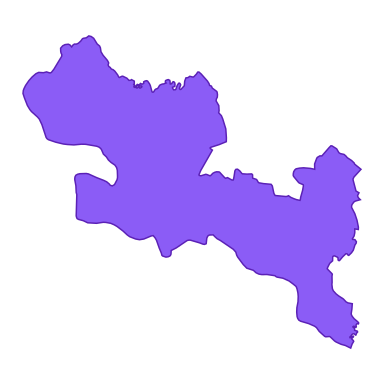 the district of Vinh Loc, Thanh Hóa, Vietnam
{"feature_id": "81297802B11071874803157", "entity_name": "Vinh Loc", "entity_type": "district", "adm_level": 2, "iso_a3": "VNM", "parent_name": "Vietnam", "parent_adm1": "Thanh Hóa", "projection": "natural_earth1", "projection_center": [105.68, 20.04], "detail": "fine", "context": "isolated", "style": "filled", "palette": "violet", "viewbox_px": 384, "rotation_deg": 0, "n_neighbors": 0, "source": "geoboundaries", "source_scale": "gbopen_adm2", "svg_char_len": 5892}
<svg xmlns="http://www.w3.org/2000/svg" viewBox="0 0 384 384"><path d="M41.9,124.6L46.1,137.4L47.0,138.7L48.4,139.7L55.8,142.2L63.3,144.0L67.4,144.5L73.9,144.9L81.5,144.2L85.7,144.3L96.6,146.2L98.8,147.0L100.6,148.4L101.5,149.7L103.4,154.1L106.4,156.9L108.4,160.0L111.1,162.5L114.9,165.1L116.6,167.6L117.3,170.3L117.5,175.5L117.5,177.6L117.1,179.6L114.5,184.6L112.3,185.9L110.3,185.3L109.2,183.9L106.7,181.8L103.8,180.4L96.6,177.6L88.4,173.9L86.2,173.5L80.0,173.7L77.7,174.2L75.9,175.2L75.1,176.6L74.8,178.1L74.8,179.8L75.9,185.8L76.2,192.4L76.8,194.6L76.2,215.9L76.6,217.5L77.1,218.6L78.5,219.4L83.3,220.7L87.7,222.8L96.5,223.3L103.2,222.3L105.7,222.4L110.7,223.3L114.2,224.8L117.1,226.5L123.1,231.1L127.2,234.9L129.7,236.7L135.6,239.0L139.5,239.7L143.9,239.0L151.1,236.0L153.2,235.6L155.2,238.0L156.5,240.3L159.2,248.0L161.3,253.0L161.9,255.3L162.6,256.0L165.9,257.1L168.1,256.8L169.7,256.1L170.4,255.5L171.0,254.1L171.2,250.5L176.1,248.0L187.2,240.5L189.0,240.1L190.5,240.2L199.4,242.8L202.8,244.1L204.5,244.4L206.2,243.7L206.8,238.2L207.6,236.4L208.3,235.6L209.5,235.0L213.2,234.9L214.8,236.6L217.1,238.7L220.4,240.5L233.3,249.3L235.8,252.1L236.7,255.2L237.7,257.1L243.3,264.6L246.8,268.2L253.3,270.3L256.1,272.8L258.9,274.1L261.8,274.6L267.0,274.5L274.9,275.7L276.0,276.6L277.0,277.1L282.9,278.2L289.1,281.0L293.1,284.0L295.8,286.2L296.3,286.9L297.0,288.8L297.9,292.8L298.2,296.4L298.0,301.8L296.9,307.6L296.7,312.1L297.1,316.6L297.7,318.4L298.8,320.1L300.6,321.2L308.7,323.6L314.6,326.2L316.5,327.6L319.2,331.4L324.6,336.3L325.7,336.8L329.4,336.5L330.2,336.8L334.6,341.0L336.1,342.0L341.1,344.3L345.4,345.5L350.7,348.1L352.1,344.1L353.7,341.4L353.4,340.6L351.7,338.9L351.8,338.4L353.4,336.9L353.5,336.5L353.2,336.1L352.3,336.4L350.4,337.7L350.0,337.7L349.8,337.1L351.1,335.9L351.9,334.5L353.1,333.8L354.1,333.8L355.4,335.0L355.8,335.1L356.8,332.8L357.6,332.0L357.4,331.2L354.6,330.3L354.6,328.4L353.1,327.3L353.0,326.6L353.9,326.2L355.5,327.2L356.0,327.3L356.3,326.7L356.0,325.3L356.4,324.4L357.1,323.7L358.4,323.9L358.7,323.0L357.9,321.9L354.1,318.7L352.2,316.3L351.4,314.7L351.2,313.6L351.9,309.1L352.3,303.7L348.0,302.9L346.1,301.9L343.4,299.0L338.5,295.8L336.1,293.9L333.3,290.8L332.4,288.7L331.9,284.4L332.1,282.4L332.0,276.1L332.3,274.2L332.0,273.7L327.2,268.8L327.7,267.3L329.7,263.4L332.6,260.8L332.7,256.9L333.3,256.1L334.6,255.9L337.4,257.2L338.0,257.9L338.1,260.0L338.8,260.6L339.5,260.6L342.6,256.9L345.9,253.7L347.0,253.8L348.0,255.1L348.8,255.4L351.5,252.8L353.3,250.2L354.9,245.1L356.2,243.1L356.4,241.7L354.9,239.6L352.6,239.4L352.4,238.8L354.1,236.0L354.8,232.7L354.8,228.9L358.3,229.5L358.4,227.1L357.0,220.2L354.8,213.6L351.6,207.4L351.6,205.9L352.1,204.4L353.9,202.0L355.3,201.1L360.3,199.7L358.5,197.9L357.8,196.6L357.6,195.5L359.0,192.8L356.0,191.0L353.1,180.0L353.1,178.8L354.0,177.0L361.0,169.3L354.6,164.1L354.2,163.0L351.6,160.5L347.3,157.7L345.8,155.9L344.0,154.4L340.4,153.6L338.9,152.7L336.7,148.9L335.7,148.2L332.0,145.9L330.9,145.8L329.2,147.5L321.9,155.9L319.8,155.9L317.3,157.4L316.7,158.3L314.6,164.0L314.7,169.3L310.5,168.4L303.6,167.8L299.6,168.1L296.1,168.8L294.8,169.9L293.7,171.7L293.3,173.5L293.2,175.3L293.6,176.4L298.5,182.4L299.2,183.0L303.2,184.7L303.4,185.8L302.6,190.4L300.7,197.1L300.3,199.7L300.0,200.4L296.4,199.6L293.9,198.7L290.7,197.3L288.5,195.7L287.0,196.4L285.7,196.5L275.1,195.5L273.9,193.4L272.3,185.9L271.1,184.3L263.4,183.6L258.9,182.8L258.2,182.2L256.9,179.9L256.2,179.3L252.8,178.2L252.6,177.7L252.6,174.9L252.1,174.2L251.5,173.9L247.0,174.1L242.4,173.8L241.8,173.4L239.8,170.9L237.6,169.2L236.0,169.3L235.3,170.1L234.9,170.9L233.9,177.4L233.3,179.9L232.9,180.1L231.7,179.9L227.5,177.6L225.6,178.3L224.6,177.6L219.5,172.1L218.6,171.9L216.5,171.8L214.7,172.3L212.8,173.3L210.6,175.6L210.0,175.8L206.8,174.5L205.7,174.3L200.9,175.8L199.2,175.4L199.0,174.6L200.8,170.4L212.4,150.1L210.3,148.5L210.1,147.9L210.8,147.3L219.2,144.6L226.3,141.7L226.4,137.8L225.8,128.9L222.8,119.1L221.4,115.7L218.7,112.8L219.1,110.6L218.8,105.6L216.1,100.9L216.4,98.9L217.3,97.2L217.5,94.7L217.1,92.1L216.7,91.4L212.3,88.1L211.4,86.1L209.6,85.4L209.0,83.5L207.4,81.0L201.2,74.0L198.9,72.0L197.7,72.1L196.4,74.1L193.9,76.7L193.1,77.1L189.8,76.3L188.0,77.6L185.9,77.9L184.7,81.2L184.3,85.7L181.0,89.3L180.2,89.5L179.5,88.7L179.6,87.8L180.7,84.9L180.0,83.5L179.3,83.1L178.6,83.3L177.2,85.4L175.8,89.4L175.1,89.8L173.6,89.8L172.6,88.2L172.5,87.3L174.8,86.4L175.0,84.5L174.8,82.9L173.9,81.8L173.1,81.7L171.5,83.7L170.7,84.0L170.2,83.9L170.0,81.1L169.7,80.3L168.3,79.6L167.3,79.8L165.7,80.5L165.4,81.0L165.4,82.2L166.1,83.0L163.4,84.0L162.4,84.0L160.2,84.9L159.5,85.5L158.1,87.9L157.2,88.7L156.2,88.9L155.4,89.4L154.6,90.2L153.9,91.6L153.3,92.1L152.8,92.2L152.0,91.8L150.3,85.5L149.5,83.8L147.6,81.1L146.7,80.7L145.1,81.0L143.7,81.8L143.7,83.3L142.6,84.0L141.8,84.1L140.5,83.4L140.2,83.6L139.6,85.0L139.6,85.9L140.1,86.1L141.5,86.0L141.9,86.6L141.6,87.2L140.7,87.8L139.9,88.1L138.7,86.8L137.4,87.9L136.6,87.9L136.1,87.4L136.1,86.7L137.3,85.6L138.5,85.9L139.0,85.4L139.0,84.9L137.3,84.4L135.7,86.1L135.1,87.4L134.6,87.4L134.0,87.0L133.9,86.5L134.5,85.1L134.4,84.7L133.8,84.5L134.3,83.5L134.3,81.1L131.5,79.6L130.8,80.2L129.0,80.4L126.9,78.2L122.8,76.2L122.1,76.2L119.3,77.5L118.7,77.0L117.6,74.8L114.8,71.1L113.0,69.6L111.7,69.2L110.8,68.5L110.4,67.6L108.8,66.5L108.1,64.9L108.7,63.0L108.4,62.3L107.4,60.4L103.1,55.3L101.0,51.8L100.4,47.8L99.6,46.0L97.2,44.0L93.7,38.3L91.2,36.5L88.8,35.9L86.3,37.8L83.3,38.3L82.4,38.8L80.8,41.0L78.3,43.3L76.1,44.2L74.8,44.0L74.0,44.3L73.0,45.0L71.7,46.9L69.9,44.9L68.3,44.2L65.0,44.6L62.7,45.8L60.6,48.2L60.7,51.2L61.0,52.9L61.8,54.5L61.7,56.3L53.9,69.2L51.4,72.4L50.4,72.9L49.3,72.8L46.6,71.9L43.4,72.7L38.7,72.4L35.9,73.7L32.1,77.0L28.9,80.6L25.6,85.4L24.0,88.6L23.3,90.5L23.0,93.5L24.4,97.8L27.4,105.5L29.8,109.5L31.5,111.6L37.5,117.0L39.3,119.1L41.9,124.6Z" fill="#8b5cf6" stroke="#5b21b6" stroke-width="1.5"/></svg>